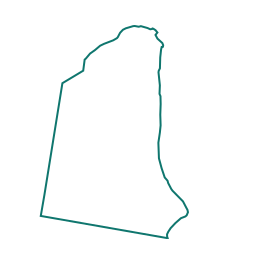 the district of Hardin, Illinois, United States of America, rotated 279°
{"feature_id": "52423323B71898238526095", "entity_name": "Hardin", "entity_type": "district", "adm_level": 2, "iso_a3": "USA", "parent_name": "United States of America", "parent_adm1": "Illinois", "projection": "orthographic", "projection_center": [-88.199, 37.501], "detail": "fine", "context": "isolated", "style": "outline", "palette": "teal", "viewbox_px": 256, "rotation_deg": 279, "n_neighbors": 0, "source": "geoboundaries", "source_scale": "gbopen_adm2", "svg_char_len": 983}
<svg xmlns="http://www.w3.org/2000/svg" viewBox="0 0 256 256"><g transform="rotate(279 128 128)"><path d="M27.5,55.6L25.4,183.4L25.6,184.3L26.6,183.7L29.1,183.2L31.8,184.0L35.8,185.8L41.4,189.6L47.2,194.4L49.6,198.5L50.9,199.6L54.2,200.4L56.5,199.5L58.3,198.1L64.1,193.8L73.0,181.8L74.5,180.3L79.9,176.3L82.1,175.3L84.9,172.0L93.5,167.5L102.9,163.3L118.2,160.3L128.3,160.2L135.7,159.8L146.2,157.8L156.8,156.5L164.5,155.1L166.6,153.8L175.1,152.8L187.8,149.4L189.3,149.4L191.9,150.2L202.7,148.8L210.6,148.4L213.3,148.6L213.3,149.3L213.7,149.8L215.3,149.8L217.3,148.6L220.9,143.1L224.2,140.6L226.4,141.8L226.9,142.1L228.9,139.9L230.0,137.5L230.1,136.6L229.6,136.4L229.0,134.5L229.8,131.6L230.6,124.8L230.5,124.7L229.7,122.7L229.8,118.7L229.4,117.1L226.1,110.2L224.2,107.6L220.8,105.3L216.1,103.7L215.0,103.0L212.3,99.7L207.4,91.2L204.9,87.6L199.8,83.2L195.6,78.9L189.8,75.4L188.8,74.5L177.6,74.8L162.0,56.2L48.7,55.9L27.5,55.6Z" fill="none" stroke="#0f766e" stroke-width="2"/></g></svg>